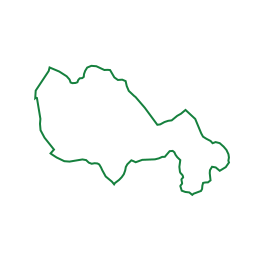 SVG path tracing the border of Yatenga, rotated 336°
{"feature_id": "BFA-2823", "entity_name": "Yatenga", "entity_type": "Province", "adm_level": 1, "iso_a3": "BFA", "parent_name": "Burkina Faso", "parent_adm1": "", "projection": "natural_earth1", "projection_center": [-2.299, 13.586], "detail": "fine", "context": "isolated", "style": "outline", "palette": "green", "viewbox_px": 256, "rotation_deg": 336, "n_neighbors": 0, "source": "natural_earth", "source_scale": "10m", "svg_char_len": 1721}
<svg xmlns="http://www.w3.org/2000/svg" viewBox="0 0 256 256"><g transform="rotate(336 128 128)"><path d="M55.4,63.0L58.9,56.3L78.7,43.7L81.0,40.8L88.2,48.5L93.0,55.8L94.3,59.9L94.1,63.1L95.4,64.4L98.4,65.5L100.4,65.6L102.1,63.9L104.1,63.0L106.5,63.8L108.4,63.3L109.7,60.9L112.1,58.4L115.3,56.2L119.8,56.3L124.2,58.7L130.0,65.4L133.1,66.6L135.2,67.8L136.1,76.2L138.3,80.0L142.4,81.5L144.9,84.2L143.9,89.2L143.8,94.4L146.6,101.1L147.5,102.8L151.6,116.5L156.1,137.0L158.9,137.8L163.8,137.4L167.7,137.8L171.0,138.8L177.9,136.9L182.2,136.5L187.9,134.9L193.1,147.1L192.7,162.7L193.0,166.4L195.2,169.7L198.2,173.5L199.1,176.3L202.3,176.5L205.6,179.1L207.8,184.0L209.0,188.1L209.1,192.8L208.2,196.0L206.4,198.7L206.2,200.6L201.4,203.5L194.4,204.4L192.1,199.7L189.0,197.6L185.7,199.9L184.3,202.5L182.1,209.4L178.9,210.2L176.5,209.2L174.3,208.7L172.5,210.9L170.9,213.8L169.1,215.2L161.2,214.7L159.5,215.2L157.8,211.8L154.3,209.7L151.6,207.1L152.2,202.3L152.7,201.9L154.5,201.0L154.9,200.6L155.0,200.4L155.8,196.9L156.6,196.2L157.6,195.9L158.3,195.5L158.6,194.2L158.5,192.8L157.7,190.7L157.6,189.3L159.1,184.4L162.7,178.6L161.1,174.6L160.5,171.7L160.5,169.1L159.5,167.1L156.6,166.1L149.9,169.3L147.5,168.3L143.9,168.3L139.9,167.6L128.1,162.9L121.1,162.4L119.3,160.3L117.9,158.9L112.6,160.9L110.1,162.8L109.1,164.3L108.1,165.7L105.4,168.5L102.2,170.4L98.7,171.8L93.6,173.0L92.4,173.8L91.5,170.5L87.9,163.2L87.3,155.9L87.3,153.1L86.9,149.6L85.7,148.0L83.2,146.6L80.3,145.9L78.1,143.7L76.7,140.3L73.6,138.2L60.9,134.9L56.3,132.4L50.8,125.9L48.0,121.6L47.1,120.1L46.9,119.7L51.6,117.6L47.8,102.9L47.2,94.5L49.3,88.4L51.7,84.0L57.0,63.6L56.7,63.4L56.5,63.0L56.1,62.8L55.4,63.0Z" fill="none" stroke="#15803d" stroke-width="2"/></g></svg>